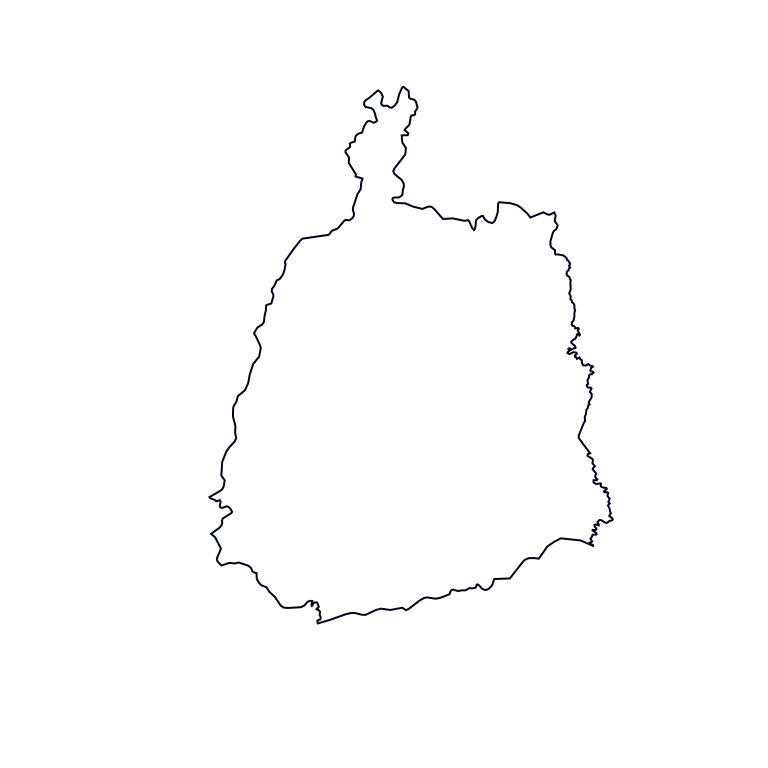 the district of Da Teh, Lâm Đồng, Vietnam, rotated 147°
{"feature_id": "81297802B88275273163475", "entity_name": "Da Teh", "entity_type": "district", "adm_level": 2, "iso_a3": "VNM", "parent_name": "Vietnam", "parent_adm1": "Lâm Đồng", "projection": "mercator", "projection_center": [107.482, 11.563], "detail": "fine", "context": "isolated", "style": "outline", "palette": "ink", "viewbox_px": 768, "rotation_deg": 147, "n_neighbors": 0, "source": "geoboundaries", "source_scale": "gbopen_adm2", "svg_char_len": 6166}
<svg xmlns="http://www.w3.org/2000/svg" viewBox="0 0 768 768"><g transform="rotate(147 384 384)"><path d="M296.9,134.5L296.5,135.2L298.2,138.1L298.1,138.8L295.2,138.5L295.1,141.8L292.6,142.8L291.2,144.0L288.4,142.3L287.4,142.3L287.3,143.9L288.9,147.6L288.4,148.0L286.6,146.5L285.2,146.4L284.6,147.4L284.9,150.0L284.2,151.2L282.7,150.8L281.0,148.4L280.5,148.9L280.2,151.9L277.4,152.6L275.9,151.4L274.1,147.4L272.7,146.1L269.5,146.3L266.7,145.4L265.7,146.0L265.7,147.2L267.0,150.6L264.1,152.1L263.9,154.0L262.6,156.7L262.4,159.8L261.7,160.5L259.8,160.8L260.1,163.0L257.3,164.7L257.5,168.6L255.2,170.7L255.5,171.4L258.0,173.1L258.2,173.9L257.5,174.4L254.7,174.4L254.1,175.0L254.4,176.0L256.4,177.5L257.6,179.1L257.8,180.5L256.3,182.0L256.4,182.6L260.6,184.6L261.9,187.3L260.6,189.2L258.2,187.5L257.1,187.7L257.5,191.2L254.8,193.7L255.5,198.8L254.3,199.7L251.9,200.2L252.4,203.9L250.1,206.6L250.3,208.5L252.5,212.9L251.1,214.3L248.9,213.6L250.1,232.5L248.9,234.6L237.7,242.5L235.7,243.3L233.6,247.0L231.2,248.7L228.2,252.2L226.2,252.8L224.3,254.9L222.8,254.8L222.2,257.3L217.1,259.7L215.2,262.6L215.7,265.2L212.4,267.3L212.6,268.2L215.1,270.3L214.6,272.7L212.8,272.9L211.4,276.3L209.0,277.6L206.9,279.7L205.8,279.9L204.4,279.0L202.1,279.4L202.1,280.5L203.7,282.1L203.7,282.8L201.5,284.8L199.3,284.7L199.3,285.4L201.1,287.3L201.8,289.5L204.8,289.6L206.8,291.2L206.5,293.8L205.2,296.1L205.9,298.2L205.6,299.8L208.5,300.0L208.2,301.6L209.1,302.8L208.4,304.0L206.3,304.0L205.7,304.6L205.6,305.5L207.7,307.5L212.3,308.1L213.2,310.1L212.9,310.5L210.8,310.8L210.3,313.0L209.6,313.3L208.6,312.6L208.9,310.8L205.8,310.7L203.8,309.9L203.0,311.6L204.5,316.4L203.9,317.5L201.5,318.0L198.7,317.8L194.7,320.5L194.0,320.2L193.8,318.3L192.8,318.6L192.4,323.2L191.9,323.8L190.5,324.1L190.4,324.7L191.1,325.5L193.4,326.5L192.8,328.4L194.2,330.2L194.2,331.4L193.0,333.2L190.6,334.0L187.8,336.6L185.5,340.1L183.6,341.7L183.2,343.6L181.4,346.4L181.1,348.8L181.8,350.1L181.2,351.7L181.4,353.8L179.7,355.7L179.2,359.3L175.8,361.7L172.5,367.6L170.8,369.3L170.9,370.9L170.2,372.9L171.3,375.0L171.0,376.7L169.6,378.5L167.1,379.0L165.9,380.2L164.5,380.3L164.4,382.4L163.4,382.6L162.2,383.9L162.5,384.3L162.2,386.8L162.9,388.5L162.3,390.3L163.5,394.1L167.8,398.2L169.6,399.1L169.5,400.3L167.7,403.0L169.3,407.6L168.5,410.4L166.5,413.2L160.0,418.9L158.0,419.9L155.4,420.0L152.4,421.9L151.9,423.2L152.1,427.7L148.4,431.7L147.8,433.8L147.8,435.2L152.7,435.7L154.2,436.7L156.9,441.2L170.5,443.9L171.0,449.0L173.4,458.0L175.2,461.8L179.7,466.9L188.2,473.6L189.0,473.7L190.3,472.8L194.8,466.4L197.7,463.8L201.8,460.8L204.0,460.0L205.6,460.0L208.4,463.2L209.8,467.2L209.5,471.1L210.8,471.7L215.0,471.9L217.7,471.2L221.2,466.6L223.6,464.4L224.6,464.1L225.1,466.6L224.0,473.8L224.2,475.6L227.7,477.1L236.1,485.4L244.7,490.3L246.5,503.2L247.5,506.5L249.4,508.2L250.8,508.8L256.4,509.9L263.0,516.9L267.8,524.0L274.3,528.5L276.0,530.2L276.7,532.0L276.5,534.2L275.3,535.1L273.5,534.7L269.9,532.3L267.0,532.3L265.6,532.7L262.1,536.8L259.9,538.6L258.4,541.0L258.0,545.5L260.9,554.7L260.2,557.6L258.2,558.9L241.2,564.9L237.0,570.1L237.1,576.0L236.0,578.9L233.7,582.9L228.6,579.7L227.0,581.0L228.4,585.7L227.1,586.4L222.1,587.4L220.4,588.6L215.7,594.0L214.1,594.0L212.2,593.0L211.0,593.3L209.3,595.8L206.2,596.8L205.1,598.1L203.4,603.6L203.9,606.1L206.5,608.8L207.1,610.4L203.8,616.2L205.8,622.5L206.5,622.9L208.1,622.2L213.5,618.7L219.5,613.1L223.2,611.8L226.8,611.4L228.4,612.6L229.7,615.6L233.0,617.5L233.7,619.5L233.5,621.1L228.4,625.7L227.9,629.8L228.8,633.2L229.6,633.5L239.8,632.1L245.7,631.8L246.8,631.3L248.5,629.4L248.7,627.1L248.3,626.1L244.3,622.2L243.6,620.1L244.3,615.3L245.2,613.7L246.4,608.5L248.6,608.3L250.4,608.8L252.3,611.9L254.1,613.1L255.8,613.1L260.4,610.9L265.5,606.8L269.1,607.9L271.5,607.7L273.2,607.1L276.4,603.3L280.2,604.3L281.8,604.2L282.7,602.0L284.0,601.1L288.0,601.0L289.4,600.4L290.1,599.4L290.0,593.0L293.1,588.7L293.4,575.0L294.9,573.6L290.1,567.9L293.2,565.6L297.3,560.2L302.6,557.8L313.6,549.1L315.2,547.1L316.6,542.7L318.4,541.0L321.2,540.1L324.2,540.2L326.7,542.5L328.3,542.6L336.7,540.0L338.5,539.7L344.3,540.9L349.0,539.2L373.2,550.3L375.8,550.0L386.9,546.2L399.4,541.2L400.8,540.2L401.3,538.1L404.5,534.6L408.7,531.1L414.1,528.8L417.6,529.3L422.0,526.3L426.3,524.7L427.6,522.9L428.1,519.6L428.9,517.9L434.7,512.9L439.6,514.2L440.7,513.4L442.5,510.6L447.4,505.8L450.8,501.5L453.9,500.2L459.4,500.3L465.0,497.6L465.7,496.1L465.4,494.6L466.9,483.6L467.8,481.2L473.9,474.9L482.7,472.1L491.8,464.7L497.3,458.8L503.9,454.5L513.3,453.4L517.0,449.9L522.2,447.2L523.7,445.9L528.4,439.0L531.4,429.9L535.5,424.0L537.5,419.0L540.6,417.1L548.5,415.1L553.2,413.1L562.1,406.8L570.3,395.8L570.0,390.1L574.2,385.4L576.9,383.9L579.7,383.6L592.0,384.2L592.0,382.9L589.2,379.1L588.4,376.9L585.0,376.0L585.2,374.2L588.1,371.3L588.5,369.7L587.7,368.6L586.4,368.0L582.5,367.1L581.3,365.8L580.7,362.7L581.0,359.6L582.0,358.9L592.5,359.0L594.5,357.5L595.0,356.0L596.3,354.6L599.7,353.1L610.6,352.5L609.1,347.3L610.4,334.7L618.8,329.0L620.0,327.4L620.2,325.6L619.2,320.3L611.1,318.2L606.8,314.7L603.1,313.4L597.0,305.9L595.7,302.2L596.4,298.7L595.4,296.4L593.9,294.8L596.5,290.5L597.0,288.6L597.0,284.5L596.4,281.9L593.3,277.6L593.3,272.1L591.5,264.8L591.3,254.5L590.0,251.2L586.6,248.5L575.1,242.0L571.3,241.6L566.8,243.0L564.1,242.4L562.4,241.1L565.3,238.0L565.3,237.2L561.8,238.7L560.0,238.0L559.2,237.0L559.9,232.8L561.3,232.2L562.6,232.3L563.3,231.8L562.0,230.0L561.6,228.1L563.8,225.2L564.2,222.6L565.7,221.3L568.6,221.9L569.4,220.9L569.8,219.2L557.8,215.6L542.1,211.9L536.3,209.9L533.0,207.7L528.7,203.0L525.5,200.5L513.6,198.8L508.9,197.2L501.7,191.0L490.5,186.4L488.9,182.4L485.8,181.9L471.9,183.0L466.7,182.6L464.3,181.7L457.5,175.7L453.2,174.0L443.6,172.0L440.8,174.2L439.1,174.2L437.6,173.7L434.7,169.9L431.9,169.0L428.0,166.6L423.4,166.2L421.5,164.7L418.5,163.4L417.6,163.4L415.6,165.2L414.8,165.1L413.9,163.2L413.2,158.8L411.5,156.3L409.6,155.4L407.7,155.2L404.1,156.0L402.1,156.9L397.8,160.4L384.4,152.4L362.9,159.7L360.1,159.7L357.3,159.0L352.7,156.1L349.3,153.2L335.4,158.8L327.0,159.0L319.7,158.2L304.3,145.7L296.9,134.5Z" fill="none" stroke="#020617" stroke-width="2"/></g></svg>